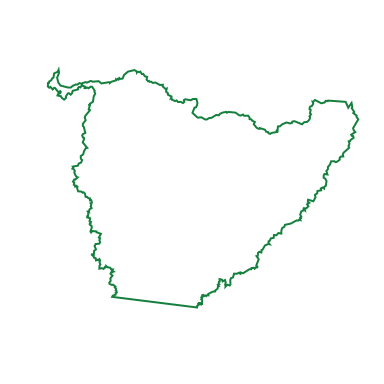 Oriximiná, Pará, Brazil, rotated 277°
{"feature_id": "56859067B55798525493506", "entity_name": "Oriximiná", "entity_type": "district", "adm_level": 2, "iso_a3": "BRA", "parent_name": "Brazil", "parent_adm1": "Pará", "projection": "orthographic", "projection_center": [-56.798, 0.267], "detail": "fine", "context": "isolated", "style": "outline", "palette": "green", "viewbox_px": 384, "rotation_deg": 277, "n_neighbors": 0, "source": "geoboundaries", "source_scale": "gbopen_adm2", "svg_char_len": 5968}
<svg xmlns="http://www.w3.org/2000/svg" viewBox="0 0 384 384"><g transform="rotate(277 192 192)"><path d="M78.0,211.1L79.4,210.9L81.0,212.6L81.7,211.7L82.7,212.3L82.8,213.8L81.4,214.9L81.9,215.6L85.6,215.3L86.5,214.3L87.3,215.0L88.5,214.1L88.9,214.8L90.8,214.7L91.2,215.7L90.0,216.4L91.0,217.7L90.4,218.8L91.4,219.6L91.4,220.9L92.8,220.6L95.6,224.7L96.1,227.1L97.0,227.0L99.1,229.1L101.4,229.3L101.7,230.1L102.9,229.0L103.6,230.1L103.9,229.6L106.1,229.7L106.4,230.4L108.9,230.0L108.6,232.5L107.0,233.3L108.6,235.5L106.2,236.5L104.0,236.2L103.8,236.8L102.2,236.8L104.3,238.4L103.8,240.8L105.2,241.4L109.3,240.7L111.2,241.2L112.2,243.1L116.1,243.7L116.3,246.5L117.4,248.1L116.7,250.0L118.1,249.9L117.6,252.6L122.4,258.5L122.6,260.2L123.8,260.3L124.3,262.6L123.5,263.5L125.0,264.6L125.0,265.8L125.7,266.1L127.0,264.8L133.4,266.4L136.2,263.9L136.6,265.0L139.7,265.0L140.8,266.0L140.4,268.2L142.9,268.1L143.4,269.1L147.8,270.9L149.7,274.1L149.6,275.4L150.9,274.1L152.4,274.0L152.9,275.0L155.6,275.9L156.4,278.6L159.3,278.6L159.3,281.0L161.8,282.8L161.6,285.7L165.1,285.4L167.4,286.0L168.6,287.9L170.7,288.2L172.7,293.9L176.5,299.2L176.5,300.7L177.5,301.6L177.3,303.0L178.3,302.5L179.1,303.3L179.8,302.5L180.7,303.5L182.6,302.2L186.0,302.8L187.2,304.7L188.4,304.8L187.5,306.3L189.6,305.5L189.6,307.3L192.0,309.3L193.8,307.7L195.5,309.7L196.3,308.1L198.5,308.2L197.6,313.6L201.8,315.2L204.2,314.4L205.9,316.4L208.3,316.4L209.4,320.0L211.2,319.4L212.4,321.0L211.5,322.7L213.3,322.7L214.3,324.0L219.2,324.2L221.4,322.7L222.2,320.9L224.5,320.7L226.0,321.3L225.9,324.3L229.2,322.8L231.2,324.1L233.5,323.9L236.0,325.6L239.4,326.3L239.9,329.6L239.1,330.9L239.6,332.1L242.1,334.7L244.0,334.4L245.3,335.4L245.7,337.8L247.5,337.1L249.4,337.6L255.1,342.6L256.6,341.7L259.1,342.4L261.4,341.4L261.8,342.7L263.1,343.1L265.4,345.8L267.1,345.2L267.2,343.8L268.3,343.0L271.4,346.8L273.0,345.0L275.0,344.1L284.4,348.2L286.6,346.1L287.9,346.1L290.0,342.5L291.2,343.3L294.7,340.3L295.7,340.8L299.8,339.5L294.7,336.8L300.2,333.5L299.3,315.9L298.7,315.7L298.7,313.6L297.0,312.7L295.8,309.6L298.3,302.8L296.2,301.2L296.3,300.7L294.4,301.6L291.8,300.4L291.2,298.9L290.3,298.6L288.6,298.5L288.0,299.8L284.5,299.5L283.6,300.7L281.5,299.4L280.8,300.1L278.3,299.8L275.7,297.9L274.9,294.8L272.6,293.0L274.8,285.0L274.1,283.0L272.9,282.9L272.0,281.2L272.5,277.3L270.2,273.3L267.9,271.3L267.6,269.3L264.5,269.4L263.5,268.6L262.8,269.6L262.0,269.4L260.4,263.9L259.2,262.5L259.6,260.8L260.7,260.2L260.9,258.2L262.7,256.9L263.7,251.5L262.9,251.3L262.9,250.3L263.7,248.2L266.9,245.0L269.1,245.9L270.1,243.1L271.3,242.1L271.3,240.3L273.0,240.0L274.6,238.4L274.0,234.5L275.1,233.1L273.8,231.1L273.9,229.4L276.1,225.5L275.9,218.6L275.0,216.9L275.7,216.4L274.6,212.8L273.0,210.2L271.4,209.3L271.4,206.6L268.0,202.3L267.4,199.8L265.8,197.9L265.6,196.2L267.3,192.2L266.5,188.5L270.6,182.8L276.0,184.2L276.5,185.6L279.0,186.5L281.2,186.5L284.9,185.0L284.4,181.5L282.9,179.6L283.2,174.0L282.1,172.7L280.5,173.4L279.2,172.2L280.1,169.8L279.6,167.2L281.0,165.6L280.2,164.2L281.2,160.8L282.7,160.2L282.3,159.6L284.3,160.0L285.6,156.2L287.2,156.0L288.4,154.0L291.6,154.3L291.0,153.2L293.3,150.0L294.9,150.0L294.3,147.1L296.2,142.3L295.5,139.8L296.5,138.0L296.2,136.6L297.0,135.7L296.5,135.0L298.0,133.2L300.8,133.4L301.1,131.1L303.3,129.2L302.9,127.9L305.2,126.0L304.5,125.2L304.8,123.3L303.8,122.7L304.9,122.4L306.0,120.1L303.7,113.8L299.9,110.3L296.1,109.3L295.4,106.5L295.9,106.2L294.8,105.6L295.6,104.9L294.3,103.7L294.6,103.0L293.7,103.2L291.6,98.6L290.2,97.2L290.9,97.0L290.7,95.6L288.7,88.8L290.6,85.9L289.4,80.1L289.9,77.9L287.7,74.3L288.1,73.1L286.7,70.0L285.8,69.9L286.4,67.1L284.6,65.0L284.6,63.6L282.7,60.5L280.9,59.0L280.6,56.2L281.6,48.5L284.3,46.0L289.0,44.2L294.1,45.5L297.0,44.7L295.0,44.1L292.9,40.7L288.7,40.6L287.6,39.3L285.8,38.7L284.3,36.8L282.8,36.7L282.6,35.8L279.1,36.1L278.1,37.6L279.1,38.7L276.8,41.2L278.6,42.5L278.5,43.4L274.8,47.2L276.1,48.8L275.5,49.5L274.1,49.3L272.7,47.0L271.4,46.7L271.1,50.3L269.8,51.0L268.1,53.8L270.1,55.5L271.5,55.2L274.6,56.7L275.1,57.7L273.8,59.7L275.2,60.8L277.9,61.3L279.9,66.3L281.1,66.1L282.5,67.0L282.2,68.4L284.3,69.6L283.5,73.1L282.1,72.7L282.0,73.3L282.9,75.8L282.4,76.6L284.3,78.8L284.2,80.1L280.6,83.1L279.7,82.9L277.7,84.0L275.1,82.8L269.5,82.7L267.1,79.9L266.0,80.2L265.8,79.3L264.1,79.9L261.4,79.4L260.8,80.8L254.5,76.8L252.9,76.5L250.2,77.7L246.5,75.4L244.3,75.6L243.4,76.7L237.6,78.9L236.3,76.8L234.7,76.1L232.8,77.2L232.7,78.1L231.4,78.4L227.9,77.5L223.0,82.6L222.5,81.2L219.3,79.8L216.0,79.4L214.2,77.2L211.5,77.6L210.3,79.1L207.7,78.3L206.4,76.1L204.2,75.5L202.7,70.6L202.0,71.2L200.6,70.5L200.4,71.7L198.5,73.2L197.0,72.8L194.9,73.9L192.9,75.6L192.6,76.8L190.0,74.5L190.1,73.6L187.7,72.6L187.1,74.0L184.8,73.8L184.2,75.1L183.2,75.4L184.1,76.3L183.3,77.7L182.1,77.4L178.8,78.9L178.9,82.2L178.0,83.4L178.5,84.4L177.4,85.9L174.2,87.0L174.4,88.5L173.2,89.9L173.2,91.5L171.3,91.7L171.7,92.8L170.5,93.6L168.9,93.8L168.5,92.7L166.9,93.6L165.3,93.2L163.8,94.3L162.3,92.4L160.5,92.2L160.0,91.0L159.1,92.0L159.0,91.5L156.4,91.8L155.3,91.0L154.8,91.8L154.0,91.3L153.5,94.1L150.4,93.9L149.9,95.3L148.2,94.5L148.2,95.1L146.9,94.9L146.0,96.5L144.7,96.9L140.4,96.0L139.5,96.8L141.1,97.7L141.2,101.9L140.4,102.2L139.4,106.7L135.5,105.1L134.9,106.4L133.0,105.9L130.8,107.0L129.4,106.2L128.6,102.7L126.4,101.9L123.4,103.7L121.6,102.0L117.8,102.2L118.0,100.4L117.5,100.2L116.0,102.3L114.9,102.7L114.7,104.3L112.5,105.1L113.3,106.1L112.8,107.2L114.1,108.2L113.1,109.0L110.6,108.9L108.8,109.9L107.8,109.2L104.6,109.4L105.4,111.7L104.9,113.6L106.6,114.5L106.3,114.8L107.3,115.8L108.1,115.8L107.0,117.3L106.9,120.1L105.6,121.0L105.5,122.9L104.3,122.2L103.6,123.6L103.4,122.8L102.6,122.9L102.4,121.5L100.8,121.1L99.3,123.3L96.3,121.5L93.9,122.1L91.8,120.9L90.7,121.4L90.0,123.8L90.4,125.0L88.7,127.6L87.9,127.0L86.6,128.5L85.1,128.2L84.5,129.2L83.1,129.6L82.7,128.5L80.8,128.7L79.4,126.0L78.2,125.5L78.0,211.1Z" fill="none" stroke="#15803d" stroke-width="2"/></g></svg>